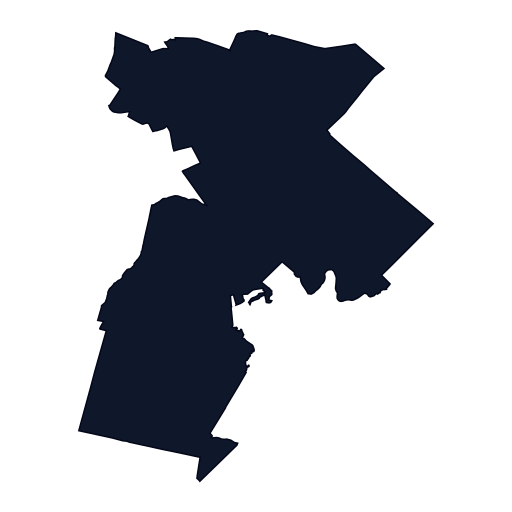 Letca Noua, Giurgiu, Romania
{"feature_id": "2599482B85200519507888", "entity_name": "Letca Noua", "entity_type": "district", "adm_level": 2, "iso_a3": "ROU", "parent_name": "Romania", "parent_adm1": "Giurgiu", "projection": "natural_earth1", "projection_center": [25.709, 44.223], "detail": "fine", "context": "isolated", "style": "filled", "palette": "ink", "viewbox_px": 512, "rotation_deg": 0, "n_neighbors": 0, "source": "geoboundaries", "source_scale": "gbopen_adm2", "svg_char_len": 6034}
<svg xmlns="http://www.w3.org/2000/svg" viewBox="0 0 512 512"><path d="M115.8,32.8L115.6,36.2L115.2,39.1L115.0,44.4L114.8,47.0L114.5,48.0L114.6,50.7L114.2,54.0L111.3,62.2L110.2,64.5L107.9,70.8L105.5,75.4L105.4,75.5L105.4,75.8L105.6,76.7L105.9,77.0L116.1,85.8L118.2,87.2L120.3,89.1L118.3,92.5L110.9,103.6L110.2,104.9L109.9,105.1L109.1,105.4L108.8,105.7L109.6,107.9L110.3,109.2L112.5,111.3L113.9,112.0L118.6,112.8L121.0,112.8L128.9,111.6L129.5,111.7L128.5,115.7L128.1,116.3L129.7,117.4L135.2,120.5L142.2,124.1L143.3,124.1L144.9,123.5L146.9,123.0L148.5,123.5L149.0,124.0L152.8,131.5L156.7,130.5L156.8,130.7L163.2,128.7L164.7,127.9L166.7,126.0L168.2,128.2L169.1,129.7L169.9,131.3L170.4,132.9L172.5,145.1L173.2,148.4L174.0,150.9L179.0,149.4L191.7,146.3L196.1,154.5L200.5,163.0L194.9,165.4L186.6,169.3L183.3,170.6L182.4,171.2L183.5,173.2L184.5,174.4L206.5,205.3L204.6,204.5L202.6,204.2L201.5,203.7L197.0,200.1L196.5,199.9L193.7,199.2L190.6,199.4L188.4,199.9L185.9,198.5L184.2,197.9L182.8,197.7L178.6,196.2L177.3,195.9L174.7,195.8L168.6,197.5L166.6,198.5L164.2,198.5L163.0,198.7L162.0,199.4L160.3,201.0L157.6,202.7L156.0,203.4L154.3,204.7L151.8,205.1L150.8,209.7L150.0,213.8L149.4,216.5L149.2,217.9L144.4,238.8L143.3,244.6L142.8,245.9L142.9,246.2L142.2,249.7L142.2,250.5L141.4,251.5L141.0,254.1L140.4,255.5L138.8,258.1L137.9,259.2L136.8,260.3L135.8,261.7L134.6,262.8L134.2,263.5L134.1,264.6L133.9,265.4L133.4,266.1L132.3,267.0L131.4,268.2L130.2,268.7L129.9,269.1L128.3,269.1L127.1,269.6L124.5,272.7L122.6,275.5L122.5,275.9L122.5,277.0L121.7,278.6L119.2,280.3L118.6,280.3L116.9,281.6L115.8,282.7L114.3,283.2L112.9,285.4L111.0,287.4L109.6,288.6L107.9,292.1L107.9,293.9L107.8,294.5L107.3,295.6L106.7,298.6L105.2,302.5L101.5,305.7L101.5,307.1L97.7,320.4L103.7,321.5L101.8,324.5L99.8,328.4L99.8,328.8L100.1,329.1L106.3,330.7L94.8,371.5L90.6,387.5L78.8,430.7L103.7,436.1L112.4,438.0L122.8,440.8L126.8,441.2L129.7,442.3L131.5,442.6L162.6,449.4L172.0,451.3L200.1,457.3L197.5,473.8L196.9,478.3L199.1,480.3L199.8,481.3L236.9,445.2L237.7,443.2L234.4,442.5L230.9,440.2L226.8,439.1L224.4,439.3L221.6,439.1L219.2,438.0L216.3,437.5L212.7,437.9L210.9,437.7L212.3,436.0L210.0,433.2L225.5,407.9L225.9,406.7L237.9,386.7L246.1,372.5L245.2,371.8L245.7,371.4L246.3,370.4L246.6,369.7L246.6,368.7L247.2,367.2L248.8,366.6L249.1,366.0L248.9,365.3L248.5,365.2L247.1,366.8L246.3,366.0L245.8,364.9L245.6,363.5L245.5,361.9L245.7,360.7L245.9,360.4L246.8,360.5L247.2,360.2L247.6,359.4L248.4,358.5L249.0,357.0L250.0,356.3L249.9,355.7L250.2,355.6L250.3,355.3L250.1,355.2L249.9,354.2L250.0,353.9L250.3,353.5L251.2,353.5L251.7,353.3L251.8,352.9L251.7,352.0L251.4,351.3L251.6,350.7L252.0,350.8L252.0,351.4L252.2,351.7L252.9,351.9L253.8,351.4L254.1,350.9L254.2,350.2L254.0,349.0L252.8,345.7L252.5,345.2L246.4,341.1L244.0,338.5L242.5,338.3L242.3,337.2L242.7,336.4L243.1,336.2L243.7,334.5L243.2,333.9L242.3,331.7L241.9,331.2L241.8,330.4L241.6,329.7L241.0,329.3L240.6,329.5L240.3,330.4L240.0,330.7L239.0,331.0L238.4,330.6L236.6,330.4L236.1,330.2L236.0,329.8L236.8,329.2L237.3,328.5L237.2,328.1L236.5,327.3L236.2,327.2L235.2,327.8L234.6,327.5L233.1,327.6L232.6,327.1L232.1,326.9L231.9,327.0L231.8,326.6L232.8,325.3L232.8,324.7L231.4,310.4L231.2,309.0L231.1,308.8L231.2,307.4L231.6,306.9L231.4,306.7L230.4,295.6L233.5,294.7L234.0,296.9L236.2,304.6L236.0,305.1L240.1,303.6L242.5,302.2L244.1,300.9L244.0,299.8L243.4,299.2L243.1,298.6L242.7,296.4L241.8,295.3L242.2,294.8L244.6,294.2L247.6,294.1L251.5,290.9L253.4,289.8L256.6,289.2L263.0,288.2L263.3,288.6L263.1,289.0L263.2,289.4L263.0,290.0L263.8,290.7L264.5,291.6L265.2,291.9L265.2,292.4L265.1,292.7L260.6,293.2L258.8,293.7L257.9,295.4L255.4,296.9L252.0,298.1L251.6,298.6L251.0,298.9L248.6,302.4L249.3,303.3L249.6,304.2L250.0,304.7L250.8,302.7L250.8,302.2L251.2,301.5L253.0,301.1L253.5,300.5L258.1,299.0L259.3,298.3L259.4,297.6L260.3,297.0L263.2,295.5L264.3,295.3L265.1,295.4L265.1,296.3L266.0,300.3L266.1,301.8L266.4,302.5L268.8,302.9L270.2,302.7L270.9,302.2L271.8,300.7L269.0,300.1L268.9,299.9L269.1,298.7L269.1,297.3L270.0,296.1L271.6,294.8L271.9,294.2L271.6,291.9L271.8,290.9L270.0,289.4L269.5,288.3L268.8,288.1L261.3,282.1L282.1,261.8L294.4,272.2L294.3,273.9L295.8,276.1L297.7,277.1L300.2,277.0L301.0,281.7L302.3,284.6L306.3,290.5L308.1,293.7L311.3,294.1L314.0,292.6L315.8,290.7L317.2,289.7L318.9,288.1L320.1,286.7L321.4,284.2L323.0,282.9L324.3,280.7L324.9,278.7L325.0,277.7L325.0,276.3L324.6,274.9L324.6,273.9L325.0,273.0L326.2,271.2L328.3,269.9L331.9,269.6L333.2,270.7L334.1,271.8L336.0,276.5L336.3,278.4L336.0,283.5L335.5,288.2L335.9,290.0L336.4,291.3L337.5,292.9L337.1,296.4L337.1,297.7L337.3,298.6L337.9,299.6L338.7,300.5L340.1,301.3L341.8,301.3L343.3,301.0L344.4,300.5L346.8,299.9L348.9,299.8L351.9,300.3L353.5,300.0L356.8,298.5L358.6,297.5L363.9,293.5L365.0,293.3L366.4,293.7L367.4,294.3L368.8,296.2L370.2,296.9L373.0,296.1L374.0,295.7L375.8,294.0L376.3,293.7L376.8,293.7L377.5,294.1L378.9,293.2L379.3,292.7L380.0,292.7L380.6,291.5L380.6,291.0L380.8,290.5L382.5,289.9L382.8,289.6L384.7,289.6L386.5,289.3L386.4,288.7L386.7,288.0L387.4,287.5L387.8,286.7L389.2,285.3L390.1,283.9L381.5,275.2L393.4,263.5L418.9,237.9L433.2,223.7L419.5,212.0L397.4,193.6L397.2,193.0L395.1,191.6L370.3,170.3L364.4,165.0L353.2,155.7L338.5,142.9L330.0,135.3L329.8,135.1L329.8,133.8L326.9,130.1L344.0,113.8L345.7,111.9L348.5,108.0L358.1,96.2L361.8,91.4L373.9,76.6L384.0,68.5L355.6,44.3L354.9,44.1L341.8,46.2L324.9,48.6L314.3,46.6L304.3,43.6L279.2,36.7L271.7,34.9L270.7,35.5L270.2,36.2L267.6,35.6L267.2,35.4L267.5,33.8L258.1,31.0L256.6,30.7L252.0,31.1L249.0,30.9L246.4,31.2L245.6,31.5L243.7,32.5L241.7,32.7L239.4,33.3L238.6,33.3L237.3,33.9L235.9,36.2L234.7,39.3L230.1,49.1L230.0,49.7L230.2,50.2L230.1,50.9L229.9,50.9L229.5,50.1L228.1,49.5L215.9,45.1L214.9,44.8L207.1,42.1L203.7,41.2L199.4,39.3L197.2,38.7L194.2,38.3L175.2,37.7L175.2,39.8L173.3,39.5L172.1,39.8L170.4,39.2L167.2,41.7L164.7,42.1L165.3,43.1L167.6,46.3L168.6,48.6L162.9,48.6L151.3,52.2L150.7,51.6L148.5,47.8L147.9,45.7L115.8,32.8Z" fill="#0f172a" stroke="#020617" stroke-width="1.5"/></svg>